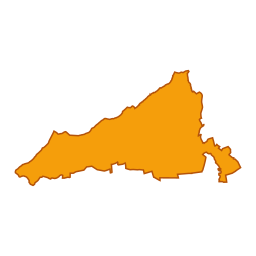 outline of Subcetate, Harghita, Romania
{"feature_id": "2599482B74327350474583", "entity_name": "Subcetate", "entity_type": "district", "adm_level": 2, "iso_a3": "ROU", "parent_name": "Romania", "parent_adm1": "Harghita", "projection": "orthographic", "projection_center": [25.394, 46.866], "detail": "fine", "context": "isolated", "style": "filled", "palette": "amber", "viewbox_px": 256, "rotation_deg": 0, "n_neighbors": 0, "source": "geoboundaries", "source_scale": "gbopen_adm2", "svg_char_len": 5780}
<svg xmlns="http://www.w3.org/2000/svg" viewBox="0 0 256 256"><path d="M219.1,181.7L222.2,181.6L222.5,181.6L223.5,182.2L226.7,182.1L226.4,179.7L225.6,175.2L232.2,173.2L235.7,171.1L235.8,170.8L240.6,167.6L239.6,165.6L238.1,162.4L237.6,161.5L236.3,160.4L235.4,159.3L233.5,158.9L233.7,157.8L233.2,157.8L232.0,157.4L229.0,154.8L229.2,154.2L230.4,153.0L230.7,152.2L230.6,151.8L230.5,151.6L230.5,149.4L228.1,146.6L222.8,148.6L222.3,149.1L221.6,150.5L218.5,148.2L219.7,146.6L218.0,145.6L216.8,144.4L216.1,145.3L215.6,145.7L215.0,146.0L214.7,145.9L214.3,144.5L213.3,140.3L213.0,139.5L212.6,137.8L210.0,138.5L208.1,139.2L207.2,140.5L207.0,141.3L206.5,141.7L205.3,142.3L204.2,143.2L204.0,142.8L203.6,142.7L202.9,143.0L202.4,141.7L201.1,139.2L200.6,137.7L200.6,137.1L200.6,136.1L200.8,135.3L201.1,134.8L200.8,134.5L198.4,135.8L198.4,135.2L199.1,132.7L199.4,130.6L200.2,128.5L201.1,127.3L203.5,125.7L203.6,125.3L203.9,124.8L203.8,124.6L202.2,125.4L202.1,125.2L201.8,125.2L201.5,124.1L201.0,122.7L200.3,121.6L199.6,120.4L199.4,119.5L199.7,119.1L200.3,118.8L201.1,118.1L201.4,118.1L201.0,116.6L200.8,113.9L200.8,113.2L201.0,112.5L202.2,108.7L202.5,107.4L202.4,106.1L201.7,102.7L201.6,101.9L201.7,100.0L202.2,96.6L202.2,95.8L202.2,95.3L201.9,94.5L201.3,93.5L200.2,92.6L199.4,92.1L196.4,93.8L193.7,91.3L193.3,91.7L193.0,91.9L192.4,91.8L192.2,91.6L192.2,91.1L191.5,90.2L191.6,89.2L191.0,88.2L191.2,87.8L190.5,85.5L190.4,85.3L190.6,85.0L190.5,84.5L190.0,83.4L188.8,82.3L188.6,81.9L188.3,80.6L188.0,80.4L188.1,80.1L188.1,79.5L187.9,77.9L187.9,77.4L187.5,75.9L187.5,75.1L187.3,73.4L188.2,72.6L188.9,71.4L188.3,70.6L185.6,71.1L183.0,72.6L181.8,72.2L181.1,72.2L179.6,73.0L178.7,73.1L176.6,72.7L174.7,72.1L173.8,74.1L173.2,75.2L172.7,75.8L172.9,76.6L172.6,77.0L172.6,77.3L172.2,78.0L172.3,78.5L172.0,78.7L172.0,79.0L171.9,79.2L171.6,80.2L171.3,80.6L171.0,80.8L170.6,81.8L169.3,83.3L168.2,84.0L167.3,84.0L166.7,84.5L165.4,85.0L165.2,85.2L165.0,85.6L164.2,86.3L163.5,86.4L163.3,86.7L162.3,87.2L161.4,87.9L160.9,88.0L160.3,87.8L160.1,87.8L159.6,88.2L159.6,88.5L159.4,88.8L159.1,88.9L158.5,89.4L158.3,89.7L158.0,90.0L157.8,90.4L156.0,91.6L155.9,91.6L155.7,91.9L155.5,92.0L155.4,92.2L155.1,92.4L154.1,92.5L153.6,92.9L153.4,92.7L153.1,93.0L152.8,93.0L151.1,94.0L150.8,94.5L150.4,94.7L150.4,95.0L150.1,95.0L150.0,94.8L149.9,95.2L149.4,95.3L149.3,95.5L149.1,95.6L149.0,95.8L147.8,96.6L147.5,97.1L146.6,98.1L145.7,98.8L144.8,99.8L144.3,100.0L143.9,100.4L143.4,100.7L142.7,101.8L142.0,101.9L141.7,102.2L141.2,102.5L141.0,102.9L140.6,103.0L140.1,103.3L139.4,104.1L139.4,104.6L139.2,104.5L137.6,106.4L136.4,107.4L134.9,108.4L134.8,107.9L133.8,106.7L132.7,106.0L132.3,106.1L131.8,106.4L131.4,106.9L130.4,107.7L128.1,107.5L127.3,107.2L125.8,108.7L124.2,110.1L123.6,110.7L122.7,111.3L122.5,111.8L122.4,112.9L120.9,114.8L119.4,116.0L118.1,116.9L117.1,117.3L116.0,117.9L115.2,117.9L113.7,118.7L113.1,118.7L112.8,118.6L111.2,118.9L109.8,119.4L107.5,119.0L105.8,118.5L105.5,118.6L104.9,118.5L104.6,118.6L104.1,119.0L103.6,119.2L103.1,119.8L101.5,120.6L100.0,122.0L99.2,122.6L98.2,123.6L96.3,125.0L95.2,126.1L94.2,127.3L91.8,128.4L91.6,128.7L90.8,130.3L89.9,131.5L88.8,132.5L85.5,133.6L84.3,134.4L83.2,134.5L82.4,134.8L81.8,134.8L80.9,135.1L80.2,135.2L78.4,135.7L69.7,135.2L66.4,132.2L65.7,131.7L65.0,131.8L64.3,132.1L63.5,132.5L62.3,133.4L61.5,133.6L60.8,133.6L58.7,134.1L57.9,134.0L56.7,132.7L54.0,131.1L53.2,133.0L49.3,140.6L48.3,143.3L45.3,146.3L43.7,147.6L42.4,148.0L41.4,150.1L38.3,153.1L37.1,154.0L36.3,154.9L35.7,156.1L34.4,157.3L33.8,158.4L31.9,160.2L30.4,161.4L29.6,161.8L28.9,162.6L27.6,163.1L24.9,163.8L23.8,164.3L22.6,164.6L22.1,165.0L21.9,165.4L19.7,166.9L18.7,167.9L17.8,168.9L16.1,169.9L15.7,170.5L15.4,171.4L15.4,172.7L18.0,174.7L18.7,175.7L19.0,176.5L19.4,176.9L20.1,177.0L21.6,176.3L22.8,176.0L24.1,176.0L24.8,176.4L25.9,176.7L26.6,177.1L27.7,178.3L29.2,180.6L29.2,181.0L29.0,182.1L29.4,182.8L30.2,183.7L30.3,184.2L33.0,185.4L33.6,185.1L34.0,184.6L34.5,184.3L35.1,182.6L36.5,181.7L37.9,180.5L40.1,177.3L41.9,177.2L42.7,176.3L43.9,176.5L46.6,177.3L48.1,177.8L49.2,178.6L50.7,179.0L51.0,178.4L51.6,178.1L52.1,178.0L54.8,178.5L56.4,178.1L57.6,177.5L58.8,176.7L59.5,175.9L59.7,175.6L60.5,175.2L61.4,174.9L62.0,175.0L62.7,175.4L62.5,178.1L64.4,178.1L67.9,177.2L69.4,177.5L70.1,177.2L70.2,173.2L73.3,173.2L74.0,172.9L75.4,172.0L76.2,171.7L83.9,170.1L86.6,166.9L90.8,166.4L91.8,166.2L97.2,169.7L104.3,171.0L106.2,170.5L109.9,169.1L110.2,171.2L110.3,172.8L110.5,172.9L111.1,172.6L111.7,172.6L112.0,172.2L111.4,164.4L112.3,164.4L115.8,163.2L117.6,162.1L117.8,162.5L117.8,164.5L118.4,164.9L122.8,164.2L124.8,163.2L125.3,163.1L125.7,166.0L125.8,168.4L127.5,169.0L130.1,169.7L133.1,169.5L137.6,169.8L139.3,169.6L143.4,170.0L144.2,173.6L151.9,171.3L153.7,177.2L154.2,177.3L159.3,180.2L160.0,180.5L159.9,177.8L178.4,177.9L177.5,174.3L188.8,173.4L191.7,173.4L191.7,173.2L201.9,171.8L202.2,170.7L202.8,170.0L203.2,168.4L204.1,165.4L205.3,160.5L205.9,157.2L202.7,154.5L203.7,153.4L204.7,152.8L205.2,152.5L206.6,152.2L207.4,153.1L208.6,153.7L209.2,153.8L210.3,153.5L210.7,153.5L210.9,153.7L211.3,154.8L213.3,156.5L214.0,157.3L214.3,157.9L214.3,158.9L215.4,160.6L215.8,161.6L215.6,162.0L215.6,162.7L215.9,163.1L216.4,163.3L217.0,164.0L218.4,165.6L219.0,166.4L219.8,168.3L220.7,168.8L220.7,169.2L220.4,169.9L220.2,170.2L219.9,170.4L219.7,170.4L219.5,170.2L219.4,170.0L219.6,169.5L219.6,169.1L219.4,168.8L219.1,168.7L218.5,168.6L218.2,168.7L218.1,169.2L218.4,170.0L219.0,170.7L219.4,170.9L219.7,170.9L220.2,170.7L220.7,170.9L221.0,171.2L221.1,171.6L221.0,172.6L220.6,173.3L220.3,173.4L219.8,173.1L219.2,173.1L219.0,173.4L218.8,173.9L218.9,174.7L219.0,175.2L220.0,175.7L220.2,176.3L220.2,177.0L219.1,179.1L219.0,179.5L219.5,180.3L219.3,180.8L219.0,181.0L219.1,181.7Z" fill="#f59e0b" stroke="#b45309" stroke-width="1.5"/></svg>